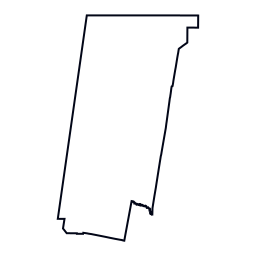 the district of 9 de Julio, Santa Fe, Argentina
{"feature_id": "61730980B95993881972660", "entity_name": "9 de Julio", "entity_type": "district", "adm_level": 2, "iso_a3": "ARG", "parent_name": "Argentina", "parent_adm1": "Santa Fe", "projection": "robinson", "projection_center": [-61.267, -28.92], "detail": "fine", "context": "isolated", "style": "outline", "palette": "ink", "viewbox_px": 256, "rotation_deg": 0, "n_neighbors": 0, "source": "geoboundaries", "source_scale": "gbopen_adm2", "svg_char_len": 3453}
<svg xmlns="http://www.w3.org/2000/svg" viewBox="0 0 256 256"><path d="M86.8,15.4L57.8,218.8L58.4,218.8L60.6,218.9L64.5,218.9L63.0,228.5L66.7,233.2L76.9,233.3L76.9,233.8L77.0,233.8L77.6,233.8L83.1,233.8L83.3,232.8L83.9,232.9L84.7,233.0L87.3,233.4L88.7,233.7L91.5,234.1L92.9,234.4L95.5,234.9L101.6,236.1L105.6,236.9L109.4,237.7L114.9,238.8L120.3,239.8L121.8,240.0L122.1,240.2L122.6,240.2L123.1,240.5L123.4,240.5L123.6,240.6L123.8,240.6L124.0,240.5L124.3,240.6L125.6,233.4L126.0,231.3L131.6,201.1L132.0,201.2L132.4,201.2L132.5,201.2L132.5,201.4L132.5,201.6L132.8,201.8L133.0,201.7L133.3,201.7L133.3,201.8L133.4,202.1L133.4,202.3L133.5,202.4L133.8,202.3L133.8,202.2L134.0,202.3L134.2,202.1L134.3,202.2L134.3,202.3L134.4,202.5L134.3,202.8L134.4,203.0L134.5,203.0L134.8,203.2L134.7,203.5L134.8,203.5L135.0,203.5L135.2,203.3L135.3,203.2L135.4,203.3L135.5,203.4L135.6,203.5L135.8,203.7L136.0,203.7L136.3,203.7L136.4,203.9L136.4,204.1L136.3,204.5L136.5,204.7L136.9,204.6L137.1,204.5L137.2,204.4L137.3,204.2L137.5,204.0L137.9,204.2L138.0,204.3L138.0,204.5L138.1,204.8L138.3,204.9L138.5,204.7L138.6,204.4L138.8,204.2L139.0,204.1L139.3,204.1L139.5,204.0L139.9,204.0L140.2,204.0L140.3,204.1L140.4,204.5L140.5,204.5L140.7,204.4L140.8,204.4L140.9,204.5L140.7,204.7L140.6,204.8L140.4,204.8L140.1,204.8L139.8,204.7L139.7,204.8L139.7,205.0L139.8,205.2L139.8,205.3L140.0,205.4L140.1,205.2L140.3,205.0L140.6,205.3L140.8,205.4L141.0,205.3L141.1,205.2L141.3,204.9L141.4,205.0L141.5,205.0L141.6,205.3L141.7,205.5L141.8,205.5L141.9,205.4L141.9,205.2L142.0,205.1L142.3,205.0L142.4,205.3L142.4,205.5L142.5,205.6L142.9,205.6L143.1,205.5L143.2,205.4L143.3,205.4L143.4,205.5L143.3,205.9L143.2,206.0L143.3,206.1L143.6,206.1L143.8,206.1L144.0,205.9L144.2,206.0L144.3,206.1L144.5,206.2L144.6,205.9L144.8,205.8L145.1,205.9L145.3,205.9L145.5,205.8L145.6,206.0L145.8,206.2L146.1,206.2L146.1,206.3L146.3,206.5L146.4,206.8L146.5,206.9L146.5,207.1L146.5,207.5L146.7,207.8L146.8,207.9L146.9,208.0L147.0,208.0L147.1,207.9L147.1,207.7L147.2,207.4L147.3,207.4L147.5,207.4L147.5,207.5L147.8,207.5L147.8,207.4L148.0,207.3L148.2,207.6L148.2,207.8L148.3,207.9L148.5,207.9L148.6,208.0L148.7,208.3L148.8,208.5L149.0,208.7L149.3,208.7L149.4,208.8L149.5,208.9L149.5,209.0L149.6,208.9L149.8,208.8L149.9,208.7L150.0,208.8L150.1,209.1L149.9,209.4L149.8,209.5L150.0,209.7L150.0,209.8L149.9,210.0L149.6,210.3L149.6,210.5L149.9,210.5L150.1,210.6L150.2,210.8L150.1,211.0L150.4,211.3L150.5,211.5L150.8,211.8L150.9,212.0L150.7,212.1L150.2,212.0L150.1,212.3L150.7,212.7L150.8,212.7L150.9,212.8L151.0,212.9L151.0,213.0L151.3,213.1L151.2,213.3L150.9,213.4L150.9,213.5L150.8,213.4L150.5,213.3L150.4,213.3L150.2,213.5L150.4,213.9L150.5,214.0L150.8,213.9L151.1,213.8L151.3,213.8L151.4,214.0L151.6,214.2L151.6,214.3L151.7,214.5L151.8,214.6L152.1,215.0L152.3,215.3L152.3,215.5L152.5,208.1L153.3,203.0L154.5,195.5L155.9,187.3L156.3,184.6L158.6,169.9L160.8,156.1L161.2,154.7L161.2,154.4L161.3,154.0L161.9,150.4L163.9,138.9L165.8,128.0L166.4,123.3L166.6,122.0L169.4,101.6L169.8,98.5L169.9,98.0L170.2,96.9L170.2,96.6L170.7,93.3L171.1,90.3L171.2,89.3L171.6,86.7L171.7,86.4L171.9,86.3L172.0,86.2L172.3,86.1L172.5,86.1L172.6,85.8L173.1,83.0L173.4,80.8L175.2,70.1L175.7,67.5L177.4,57.0L178.0,53.7L178.1,53.3L178.6,50.1L178.8,48.9L179.1,48.6L181.3,47.0L182.7,45.9L187.2,42.7L187.3,42.6L187.4,27.6L192.7,27.6L193.6,27.6L196.7,27.7L198.1,27.7L198.2,15.5L170.5,15.4L86.8,15.4Z" fill="none" stroke="#020617" stroke-width="2"/></svg>